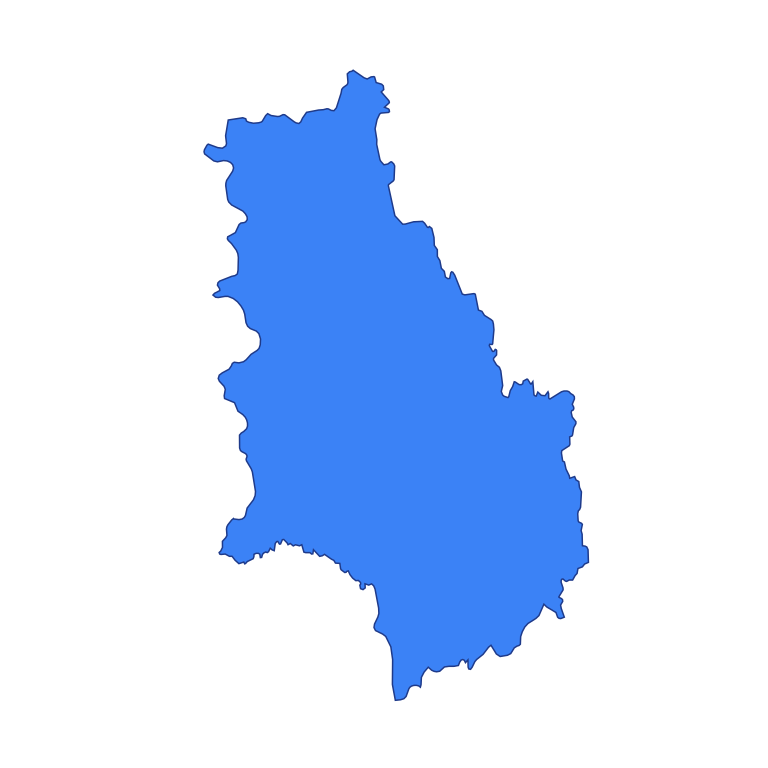 SVG path tracing the border of Gomel, rotated 82°
{"feature_id": "BLR-2339", "entity_name": "Gomel", "entity_type": "Region", "adm_level": 1, "iso_a3": "BLR", "parent_name": "Belarus", "parent_adm1": "", "projection": "equal_earth", "projection_center": [29.578, 52.294], "detail": "fine", "context": "isolated", "style": "filled", "palette": "blue", "viewbox_px": 768, "rotation_deg": 82, "n_neighbors": 0, "source": "natural_earth", "source_scale": "10m", "svg_char_len": 6138}
<svg xmlns="http://www.w3.org/2000/svg" viewBox="0 0 768 768"><g transform="rotate(82 384 384)"><path d="M682.7,417.5L658.1,413.8L645.2,413.8L634.2,417.4L631.4,420.2L627.0,426.7L623.8,427.8L620.4,426.8L613.9,422.5L610.5,421.0L605.1,420.5L585.8,421.4L582.4,422.3L580.2,424.1L581.0,427.1L579.2,430.6L583.3,431.0L584.7,433.4L583.4,435.7L579.8,435.9L578.8,434.9L577.2,434.9L575.0,436.7L574.8,439.3L571.8,442.1L568.1,444.2L564.1,445.4L564.4,447.1L565.2,447.8L565.2,449.1L562.1,452.2L560.9,452.7L555.5,452.7L554.6,457.0L551.7,458.2L550.1,460.5L544.4,466.6L545.5,469.0L545.7,471.7L538.3,476.9L542.3,478.1L542.3,479.4L540.7,480.8L540.1,485.0L539.4,486.7L531.7,487.8L532.5,490.2L530.9,494.0L531.7,496.4L528.9,499.0L529.8,501.4L528.0,502.0L524.0,504.9L524.0,506.3L528.0,508.7L528.0,509.8L525.1,511.1L525.1,512.2L526.8,513.9L533.8,515.9L532.7,517.9L530.8,519.5L534.0,521.7L534.7,523.1L533.9,524.5L534.6,526.6L535.8,528.0L538.7,529.3L538.7,530.6L535.2,530.7L534.2,532.0L533.9,534.2L534.5,536.4L537.0,536.9L538.8,537.9L540.8,544.1L542.5,546.1L542.7,547.0L540.8,547.6L541.7,552.7L537.8,556.0L533.5,558.4L533.1,561.1L530.3,564.9L530.1,569.2L529.5,570.4L527.9,570.7L526.8,569.0L523.4,566.7L517.3,565.9L514.2,562.1L512.1,560.6L505.8,560.2L503.6,559.5L501.7,558.2L497.4,553.7L496.3,551.8L496.7,551.7L498.1,546.5L498.0,543.3L496.7,540.9L494.9,539.5L487.8,536.8L480.5,529.4L476.5,527.1L472.5,526.2L452.7,526.6L449.5,527.3L440.9,530.9L439.2,531.0L436.9,529.8L435.5,529.7L433.7,530.7L431.3,534.1L429.9,535.4L427.3,535.9L414.5,534.2L412.7,532.2L411.5,529.5L409.2,526.3L406.7,525.0L403.6,524.6L400.4,525.0L397.6,526.0L394.7,528.0L390.6,532.4L381.7,534.6L376.2,543.9L373.4,543.9L367.2,541.9L364.0,542.7L358.4,546.6L355.5,547.4L352.3,545.9L350.5,542.7L347.8,535.4L344.9,532.7L342.5,531.3L341.6,529.3L342.9,524.7L342.4,520.0L340.8,517.1L336.1,511.5L333.1,505.0L331.4,502.8L328.0,501.1L322.3,500.0L316.7,500.9L313.8,503.1L310.5,508.7L307.8,511.0L304.1,512.1L295.4,512.2L291.3,512.9L286.8,514.8L282.2,517.6L278.3,521.4L275.5,526.3L275.1,529.3L275.3,536.1L274.6,538.7L272.1,541.0L270.6,539.2L268.6,533.6L266.8,533.5L262.9,535.2L260.6,534.3L259.2,532.4L256.2,519.9L255.9,516.3L254.6,513.9L251.0,512.7L238.4,510.6L234.5,510.6L230.9,511.6L223.8,515.4L220.2,518.2L218.4,518.9L216.5,518.3L213.4,510.1L205.9,505.3L204.7,503.3L204.7,500.1L204.2,498.4L202.1,496.5L199.3,496.3L196.1,497.6L193.1,499.7L185.6,509.9L182.2,512.4L179.5,513.1L165.7,513.1L163.1,512.6L160.5,511.5L152.1,504.2L149.1,502.9L145.8,503.3L143.2,505.2L141.3,508.2L140.4,511.8L140.8,518.0L139.4,521.5L131.2,529.6L129.0,529.9L127.0,529.2L122.9,526.1L122.0,524.7L126.8,515.7L128.0,511.2L126.2,507.5L124.0,506.5L116.1,506.3L100.9,501.5L100.7,486.8L102.1,484.0L104.5,483.6L106.0,481.5L107.6,477.0L107.9,471.7L107.5,469.0L106.9,468.0L101.7,463.8L100.1,461.6L102.4,458.5L104.3,452.2L104.4,450.2L103.2,446.5L103.6,444.8L112.0,436.3L113.2,434.7L114.2,432.0L112.8,429.9L109.4,427.7L104.2,422.9L103.6,410.7L103.9,406.0L103.5,402.2L103.9,400.7L105.7,398.2L106.4,395.5L103.9,392.7L90.2,386.1L86.3,384.8L84.7,383.1L82.6,379.1L81.6,378.2L80.1,377.7L71.8,377.2L70.0,374.6L69.8,372.3L69.0,370.9L78.0,361.1L79.6,358.2L78.1,354.1L78.2,351.2L78.7,350.6L84.4,349.8L86.8,344.6L88.7,343.2L92.4,343.3L94.4,346.1L104.1,339.8L105.4,339.5L106.2,339.6L110.0,345.0L112.3,341.2L113.3,340.7L115.1,340.7L115.7,341.8L115.3,349.2L116.1,350.8L121.2,354.1L130.0,357.3L141.1,357.1L145.6,357.9L161.2,356.8L163.0,356.2L166.9,353.6L166.7,349.6L165.0,346.5L165.1,345.5L167.4,343.7L169.6,343.1L183.0,345.6L184.1,346.4L187.2,351.8L188.3,352.1L218.9,349.8L228.3,343.3L228.6,340.8L227.5,332.1L228.3,323.2L230.4,321.4L234.7,319.3L235.2,318.5L234.4,317.1L236.6,315.0L245.9,314.1L253.8,314.9L258.4,312.5L265.2,313.4L269.6,311.5L277.4,311.1L280.8,308.6L286.6,308.3L288.6,306.1L288.6,304.3L283.2,302.4L282.3,301.4L282.9,300.3L286.1,298.8L305.8,294.0L307.0,291.6L307.0,282.3L307.8,281.1L323.9,280.2L325.7,276.9L330.0,275.0L335.2,268.9L336.8,267.6L339.8,267.3L345.6,267.6L359.3,270.8L359.9,271.4L359.4,273.9L360.7,274.4L366.8,272.0L367.0,270.7L365.2,269.0L365.8,268.1L366.6,267.8L370.9,268.5L373.8,271.9L375.4,272.2L380.8,269.9L383.5,267.4L387.2,266.5L402.1,266.7L407.7,268.9L411.5,268.0L412.9,266.7L414.7,263.1L413.9,262.2L408.2,259.9L404.5,257.0L399.9,254.7L400.3,253.7L403.4,250.3L403.8,248.3L403.1,246.6L400.5,245.7L399.0,241.7L399.5,241.0L404.4,238.8L404.5,238.2L402.4,236.3L415.7,237.0L416.9,235.9L417.1,234.9L413.4,232.8L417.1,229.8L418.0,226.2L414.5,222.7L416.4,222.3L420.7,222.8L421.7,222.3L421.9,221.7L416.4,209.3L416.0,206.7L416.4,203.8L417.3,202.0L419.5,200.4L421.2,198.3L423.0,197.3L425.3,197.5L430.3,200.4L433.3,199.4L435.0,199.5L436.2,200.4L436.5,201.8L438.2,202.6L442.9,202.2L448.1,199.2L450.0,199.5L453.6,202.2L460.7,204.4L461.6,205.1L462.2,207.5L469.5,208.3L470.9,209.1L474.7,217.2L477.0,217.9L485.1,217.8L486.3,216.2L493.6,215.6L500.7,213.3L503.2,213.2L502.2,208.1L505.7,207.2L507.7,204.7L513.6,204.8L518.3,203.5L533.4,206.5L535.6,207.8L536.6,209.2L539.4,210.2L546.6,210.8L547.9,210.2L549.4,207.8L550.6,207.1L556.6,209.2L560.3,208.7L571.8,210.0L572.5,207.5L573.6,205.9L576.5,205.0L589.1,206.4L590.2,210.4L592.7,213.0L593.7,217.6L598.5,219.2L600.3,221.4L604.4,224.5L603.9,227.8L604.9,230.6L604.4,231.8L602.0,233.9L602.0,234.9L602.9,235.8L604.9,236.2L610.9,235.1L612.8,235.3L619.0,240.4L619.6,240.4L621.3,238.0L622.5,237.2L624.2,237.3L627.5,239.9L631.0,239.7L640.0,237.9L640.9,241.6L640.4,243.3L639.1,244.5L634.2,245.5L627.4,253.9L624.3,256.3L634.9,262.8L637.3,266.2L641.2,274.8L644.2,278.4L648.5,281.5L653.1,283.8L660.7,285.2L661.7,286.6L662.1,288.8L663.4,291.7L668.6,296.0L669.8,299.5L670.0,306.9L667.0,310.3L657.6,314.4L659.2,317.1L665.5,323.5L669.7,330.6L671.6,332.7L676.7,336.1L678.6,338.0L678.0,339.7L676.1,340.1L668.9,339.3L671.3,342.1L668.8,342.9L667.8,344.3L668.1,346.0L669.9,347.7L673.1,349.5L673.3,353.8L672.6,359.0L672.6,363.5L676.2,368.8L676.3,372.0L675.5,374.4L674.1,376.6L670.6,379.6L674.9,384.4L679.7,387.8L687.0,389.2L689.3,390.2L687.8,391.6L686.9,393.9L686.6,396.4L687.0,398.9L688.0,400.7L689.3,401.8L696.5,405.6L698.4,408.1L699.0,411.6L698.8,416.8L682.7,417.5Z" fill="#3b82f6" stroke="#1e3a8a" stroke-width="1.5"/></g></svg>